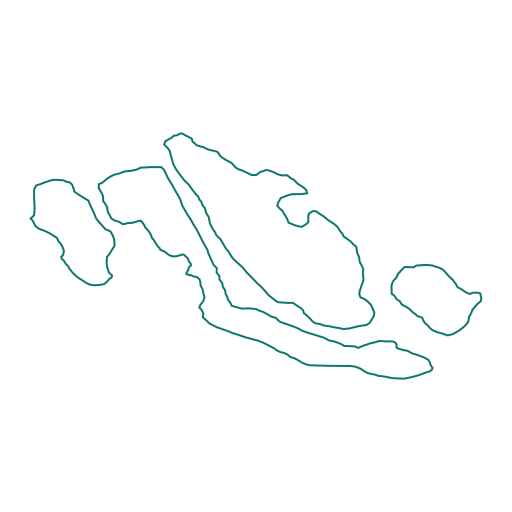 Ekerö, Stockholm, Sweden
{"feature_id": "70781695B4978180418475", "entity_name": "Ekerö", "entity_type": "district", "adm_level": 2, "iso_a3": "SWE", "parent_name": "Sweden", "parent_adm1": "Stockholm", "projection": "natural_earth1", "projection_center": [17.669, 59.36], "detail": "fine", "context": "isolated", "style": "outline", "palette": "teal", "viewbox_px": 512, "rotation_deg": 0, "n_neighbors": 0, "source": "geoboundaries", "source_scale": "gbopen_adm2", "svg_char_len": 6079}
<svg xmlns="http://www.w3.org/2000/svg" viewBox="0 0 512 512"><path d="M180.5,133.5L176.9,135.3L173.9,135.7L170.8,138.3L168.6,139.3L165.2,141.4L164.2,144.6L167.6,147.9L169.8,151.1L171.2,157.0L173.7,165.1L176.9,170.6L184.0,180.0L189.2,185.1L192.2,189.5L195.9,194.3L198.1,196.4L199.3,199.5L201.3,201.6L202.3,204.9L204.9,208.2L206.1,212.9L208.8,217.2L209.8,223.1L212.4,228.3L214.8,231.8L216.4,235.3L220.6,239.4L226.1,248.9L228.5,251.5L230.3,254.6L232.7,258.3L236.8,262.2L242.2,267.0L247.0,272.7L252.7,278.5L257.3,283.3L261.8,287.4L265.4,291.4L268.8,295.4L271.6,297.5L275.1,300.4L277.9,302.2L287.3,302.9L293.0,302.9L295.8,304.8L301.2,308.4L303.0,310.2L304.1,313.5L305.9,314.6L308.5,317.1L310.9,319.5L312.7,321.7L315.7,323.4L319.8,324.0L324.2,325.6L328.6,326.1L333.7,327.2L337.5,327.8L343.5,329.0L349.2,328.5L353.6,327.4L358.2,326.3L361.7,325.7L366.5,324.9L369.7,322.9L372.1,318.9L373.7,316.2L374.3,312.4L372.3,307.8L371.1,305.0L366.9,300.7L363.9,298.8L360.5,297.4L359.3,294.3L359.7,291.0L361.3,286.2L363.5,280.3L362.9,273.8L363.3,269.2L361.3,264.7L359.7,262.1L359.1,257.1L357.1,252.7L356.3,246.8L353.4,244.5L350.8,241.6L347.0,238.7L343.6,236.5L342.2,233.3L340.5,231.7L337.5,226.9L334.3,224.1L328.1,220.1L324.0,216.6L319.8,214.0L316.6,211.6L313.6,210.9L309.7,212.9L308.3,215.1L308.3,222.3L305.7,224.5L303.1,226.0L301.7,226.9L297.6,226.1L294.2,225.0L288.6,222.7L287.6,220.0L285.9,216.5L284.1,213.8L282.3,210.7L279.7,208.5L277.3,205.8L277.9,203.2L280.7,198.1L288.6,195.0L292.4,194.2L301.3,194.1L307.1,193.3L306.1,189.9L303.1,187.2L297.4,183.5L294.0,179.9L290.8,178.2L287.2,175.2L282.9,175.5L277.9,174.4L274.3,172.5L270.4,170.9L266.4,169.9L262.6,171.3L260.6,171.8L258.3,173.4L256.5,174.9L251.9,175.1L242.2,170.5L238.4,169.2L235.6,167.5L233.7,165.3L231.3,162.8L228.5,161.3L226.3,160.2L222.7,157.9L220.0,155.8L219.2,154.3L217.4,151.8L214.0,150.9L209.9,150.0L207.3,149.1L203.3,147.1L200.7,146.5L196.8,145.3L195.0,143.7L192.4,141.4L191.8,138.7L188.0,136.6L184.5,134.9L182.5,133.6L180.5,133.5ZM161.1,167.1L150.6,167.1L140.6,167.7L136.6,169.6L131.3,170.8L124.8,171.4L118.3,173.8L113.7,174.9L110.2,176.7L106.5,179.1L102.8,182.4L98.8,184.2L98.8,188.3L101.6,192.9L103.1,196.4L103.1,201.1L104.6,202.9L106.0,205.1L107.2,207.3L107.4,209.4L108.0,212.4L109.4,214.5L110.8,217.4L111.4,218.5L114.6,220.5L117.1,221.1L119.9,222.3L122.5,224.1L124.9,224.0L127.3,223.1L132.2,222.8L135.0,222.1L138.0,221.1L140.8,220.7L142.3,222.2L144.3,225.3L145.3,227.5L148.1,230.4L150.3,233.6L151.9,237.8L153.8,240.0L155.4,242.6L157.4,245.8L159.8,248.4L160.4,249.9L163.6,251.0L165.4,252.1L167.3,253.8L169.7,255.4L172.9,256.4L176.7,256.2L179.8,255.3L182.6,254.4L184.4,255.0L186.2,257.0L187.8,258.3L188.6,260.9L190.6,263.5L191.0,265.4L188.8,267.4L188.4,269.5L187.4,271.3L186.4,273.3L186.4,274.1L189.4,275.1L191.2,275.2L193.5,276.4L196.7,277.0L199.5,279.3L200.3,281.9L200.7,285.7L202.7,289.6L203.5,294.0L204.5,297.1L203.3,301.1L200.3,305.0L199.3,307.6L201.3,309.4L203.3,313.5L202.9,317.4L206.4,320.4L209.2,323.3L212.6,325.1L217.0,327.3L221.9,329.0L228.1,331.2L233.2,333.3L237.6,334.6L245.8,337.4L253.1,339.4L257.5,340.5L262.4,342.3L267.2,344.7L271.2,346.8L274.4,348.5L277.3,350.7L281.3,352.4L284.1,352.9L287.1,354.3L290.5,357.1L294.0,358.1L297.2,359.6L299.2,360.9L302.2,362.7L305.9,364.3L309.1,365.2L319.5,365.6L329.0,365.8L349.7,366.0L354.8,366.5L360.2,368.5L363.8,370.9L367.5,373.0L371.7,374.1L375.1,374.6L378.1,375.8L385.0,376.6L388.8,377.4L392.0,378.1L399.1,378.5L405.1,378.5L409.5,377.6L415.2,376.2L419.2,375.0L422.6,373.8L426.5,372.3L429.9,371.3L432.1,369.5L432.5,367.8L430.7,365.2L429.7,362.1L428.3,359.8L424.5,357.7L417.4,354.9L414.0,354.0L411.8,353.2L407.3,350.7L403.7,350.2L398.3,348.6L396.5,347.5L396.5,344.9L395.7,342.8L392.7,341.4L386.6,341.4L379.0,341.0L375.3,342.2L369.7,343.5L366.5,344.7L363.2,345.7L360.4,346.9L358.2,347.9L354.6,346.4L349.2,346.1L344.3,346.0L341.9,344.4L336.1,342.1L332.8,341.1L329.2,340.5L323.4,337.5L314.3,334.7L307.7,332.7L302.8,331.0L297.6,328.2L293.2,326.4L287.9,324.6L282.9,322.9L279.3,321.4L275.9,317.9L271.0,316.5L267.2,314.1L262.8,311.8L259.1,310.6L255.9,309.0L248.9,308.4L241.8,308.6L236.4,307.1L231.7,305.8L230.1,302.4L228.3,300.3L227.1,296.6L225.7,293.9L225.1,290.4L222.9,286.8L222.3,283.4L219.5,279.5L219.4,276.1L216.6,272.6L216.8,268.2L213.6,264.9L211.0,259.2L208.2,252.9L207.6,250.1L204.5,244.7L202.1,240.3L199.1,234.3L196.5,229.2L193.6,224.7L190.4,218.9L187.4,214.5L182.2,205.5L180.1,199.1L174.9,190.0L172.1,184.8L169.6,180.9L167.6,177.4L165.0,171.7L163.4,169.1L161.1,167.1ZM36.1,185.5L34.1,189.3L34.1,196.9L34.6,209.0L34.1,215.3L30.7,218.5L32.7,220.7L35.6,226.1L38.9,228.7L44.8,230.9L50.6,233.8L56.9,237.9L58.4,241.2L60.5,243.5L62.9,247.7L63.9,251.1L63.1,254.9L61.1,257.1L61.9,258.9L63.9,260.7L65.9,264.0L68.1,266.2L69.4,268.6L72.0,272.0L74.2,274.3L78.2,277.8L81.5,279.7L82.9,280.7L87.1,283.4L89.7,284.6L94.4,285.3L101.4,284.7L104.6,283.8L107.2,281.5L109.3,278.9L111.5,277.7L112.1,275.6L109.0,272.6L107.2,267.0L106.6,263.0L107.0,256.8L109.6,253.8L111.8,250.1L114.5,245.8L114.3,239.5L112.6,235.1L110.4,231.3L105.4,229.2L102.4,225.8L98.7,221.7L96.1,218.4L93.5,211.9L90.7,206.2L88.4,200.6L83.0,197.4L78.5,194.5L74.3,191.6L73.7,189.0L72.1,184.7L69.9,182.5L66.2,181.6L63.4,180.3L57.2,179.9L52.5,179.9L45.3,182.2L40.8,184.0L36.1,185.5ZM413.5,267.3L404.6,267.0L402.0,269.6L400.0,271.8L398.1,273.7L396.3,277.8L393.7,280.4L392.3,282.8L391.5,285.8L391.7,293.7L394.3,295.6L396.7,299.2L399.7,301.2L401.9,304.6L406.6,307.1L409.2,308.8L410.8,310.3L412.8,312.4L415.4,314.1L417.2,315.9L422.3,317.8L422.9,319.5L424.5,322.6L426.5,324.4L428.5,326.1L429.3,327.4L430.9,328.9L432.9,330.4L436.0,331.6L437.8,332.4L440.6,333.0L444.0,334.2L447.8,335.4L452.9,334.1L455.9,332.4L459.5,330.3L463.2,327.4L466.0,324.8L468.2,321.8L469.0,317.1L471.2,313.2L472.4,309.8L475.7,305.9L478.1,303.4L480.9,301.1L481.3,298.4L480.3,293.4L477.7,292.6L472.3,292.8L470.0,294.0L467.2,293.0L464.0,291.1L461.4,289.2L457.6,287.2L455.4,283.3L452.9,280.0L449.1,276.5L446.9,273.9L444.3,270.9L441.9,269.1L439.1,267.7L435.2,266.5L431.8,265.4L425.4,264.9L416.3,265.6L413.5,267.3Z" fill="none" stroke="#0f766e" stroke-width="2"/></svg>